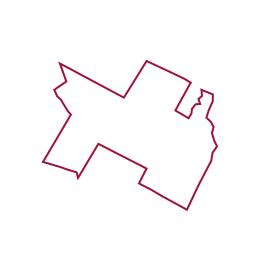 Boa Vista do Sul, Rio Grande do Sul, Brazil, rotated 118°
{"feature_id": "56859067B52990644407609", "entity_name": "Boa Vista do Sul", "entity_type": "district", "adm_level": 2, "iso_a3": "BRA", "parent_name": "Brazil", "parent_adm1": "Rio Grande do Sul", "projection": "robinson", "projection_center": [-51.681, -29.359], "detail": "fine", "context": "isolated", "style": "outline", "palette": "rose", "viewbox_px": 256, "rotation_deg": 118, "n_neighbors": 0, "source": "geoboundaries", "source_scale": "gbopen_adm2", "svg_char_len": 726}
<svg xmlns="http://www.w3.org/2000/svg" viewBox="0 0 256 256"><g transform="rotate(118 128 128)"><path d="M191.3,152.6L195.5,148.7L155.9,146.7L155.5,116.5L155.1,92.6L171.8,92.3L171.6,78.4L172.2,66.3L172.5,37.6L151.8,38.6L142.9,38.9L117.9,39.1L110.2,41.7L102.4,40.8L98.6,46.0L92.8,51.7L87.0,52.8L83.7,57.6L82.0,63.7L74.6,65.0L64.6,65.7L58.5,68.9L59.8,81.1L64.9,77.7L69.3,79.4L72.9,75.6L75.3,79.4L81.0,80.5L85.5,78.8L90.9,79.1L90.3,94.4L61.8,94.0L58.5,93.8L58.1,101.4L58.5,111.1L59.6,133.1L60.1,143.0L103.1,145.9L103.1,170.9L103.0,206.7L103.0,218.4L115.9,204.3L128.9,211.0L133.1,205.6L134.4,200.8L141.6,188.6L142.9,184.7L197.9,187.1L194.2,169.2L193.1,161.8L191.3,152.6Z" fill="none" stroke="#9f1239" stroke-width="2"/></g></svg>